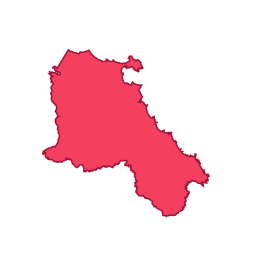 outline of Shoalhaven, New South Wales, Australia, rotated 292°
{"feature_id": "25037944B24149747688554", "entity_name": "Shoalhaven", "entity_type": "district", "adm_level": 2, "iso_a3": "AUS", "parent_name": "Australia", "parent_adm1": "New South Wales", "projection": "robinson", "projection_center": [150.375, -35.142], "detail": "fine", "context": "isolated", "style": "filled", "palette": "rose", "viewbox_px": 256, "rotation_deg": 292, "n_neighbors": 0, "source": "geoboundaries", "source_scale": "gbopen_adm2", "svg_char_len": 5824}
<svg xmlns="http://www.w3.org/2000/svg" viewBox="0 0 256 256"><g transform="rotate(292 128 128)"><path d="M110.6,220.9L113.0,220.2L113.7,221.2L114.3,220.7L114.9,219.2L114.6,218.6L113.8,218.6L114.2,217.1L113.8,216.2L115.0,215.2L115.6,215.8L115.9,215.4L115.6,214.4L117.4,214.5L116.5,213.2L117.5,212.5L117.5,211.4L118.4,211.1L120.3,208.2L122.2,208.4L122.6,207.8L122.0,206.9L123.8,206.7L123.9,206.1L123.0,205.5L123.5,203.6L124.0,203.0L124.6,203.3L124.3,202.5L125.2,201.2L126.2,201.0L126.3,201.5L126.8,201.4L127.0,200.5L125.6,198.0L126.1,197.6L125.5,196.7L126.1,196.2L124.6,195.9L124.4,194.3L125.1,193.7L124.4,193.5L124.2,192.9L125.1,191.3L124.4,190.1L124.9,188.1L125.8,186.9L126.4,187.2L125.9,186.2L126.8,184.9L128.3,184.8L127.4,184.0L127.8,182.6L131.3,178.5L132.8,178.4L132.9,177.7L133.4,177.6L133.1,176.7L133.7,176.4L133.2,175.4L136.1,172.0L137.0,171.8L138.1,170.3L140.2,170.1L139.9,169.2L138.2,168.9L138.1,168.1L137.5,168.2L138.0,167.6L139.1,167.6L139.0,167.1L137.6,166.4L138.0,165.4L137.4,165.0L137.6,163.3L138.4,162.3L139.4,162.4L139.1,161.7L137.0,160.8L138.0,156.1L142.5,151.8L143.4,152.1L144.2,150.3L145.6,150.2L145.6,149.4L146.2,148.8L148.4,148.1L147.9,147.7L147.9,147.0L146.5,147.2L146.1,145.6L146.9,143.4L147.7,142.7L147.7,141.9L152.7,137.7L155.0,136.8L156.0,137.5L156.6,137.2L156.0,136.8L155.8,134.4L157.3,133.5L158.0,130.6L157.5,130.0L156.4,130.0L156.0,128.5L156.9,129.0L158.3,128.5L159.1,129.2L159.3,128.7L159.3,129.4L162.3,129.5L165.0,126.3L165.9,125.8L166.6,123.7L172.9,124.6L171.8,122.4L171.3,117.2L172.3,115.0L169.0,114.6L168.7,113.8L169.4,110.9L168.9,110.6L169.1,109.6L168.1,108.6L169.0,106.7L172.5,103.6L174.0,103.1L175.3,103.0L174.8,103.3L175.3,103.6L177.0,103.1L176.5,101.5L177.1,100.8L180.6,100.0L182.0,100.2L184.2,102.0L183.8,102.6L184.8,102.1L184.5,103.8L183.1,104.5L184.4,106.7L185.6,107.1L186.2,108.4L185.0,111.7L184.4,111.8L184.1,116.5L184.6,116.4L184.5,117.2L185.3,116.1L185.3,115.3L186.1,115.2L186.4,116.1L187.2,116.0L187.0,116.4L187.5,116.9L188.0,116.7L188.1,118.6L189.2,119.3L192.2,115.8L193.4,115.6L194.5,113.1L194.9,111.1L193.9,110.9L193.1,109.4L193.7,109.1L193.7,107.7L194.4,106.1L196.0,104.1L194.9,102.5L194.6,102.9L192.8,102.2L192.5,103.6L190.9,104.4L187.7,102.0L185.5,98.3L184.9,95.9L185.3,95.0L184.6,94.0L184.7,90.5L185.3,89.1L186.0,88.6L184.3,88.9L183.4,87.9L182.9,85.4L183.9,82.8L183.7,82.2L182.0,83.0L180.4,80.2L180.4,74.5L181.2,70.5L182.5,67.2L185.4,62.7L181.1,57.7L180.6,55.2L178.0,54.7L178.4,52.6L177.5,48.9L177.9,48.0L177.7,45.4L178.1,43.4L157.0,40.0L157.5,39.7L157.7,36.5L155.6,35.6L155.6,37.7L154.4,38.3L154.4,39.3L153.4,39.8L153.9,41.6L153.9,44.3L152.0,44.9L151.4,43.0L152.2,42.1L150.7,42.3L151.2,42.1L151.8,40.3L151.4,36.6L150.4,35.0L150.8,34.5L150.8,34.0L150.7,34.0L149.5,35.3L149.8,36.3L149.0,36.2L148.7,35.0L147.5,38.9L146.3,37.4L145.6,37.4L144.4,38.1L144.2,38.9L141.8,39.4L141.7,40.0L142.3,40.4L141.6,40.8L141.7,41.6L141.2,42.1L136.6,41.4L133.9,43.9L130.9,43.5L129.3,45.3L126.0,46.1L124.1,47.9L124.6,48.9L123.1,49.9L122.7,51.6L122.2,51.9L122.3,52.5L121.4,53.7L119.2,54.6L116.2,54.5L114.7,56.9L112.3,58.6L112.5,59.4L111.1,58.1L108.7,57.5L106.5,58.4L105.0,59.7L103.3,62.6L100.4,63.0L99.9,64.3L97.4,65.1L96.1,66.9L94.3,67.7L91.1,67.6L88.8,68.5L83.3,67.5L82.9,65.7L81.5,64.1L80.4,63.9L79.8,62.1L76.1,59.3L75.2,59.2L74.8,58.1L72.1,58.7L72.0,59.3L73.8,60.1L73.7,61.2L71.6,61.4L69.7,63.3L70.7,65.0L70.1,65.4L69.4,65.1L69.0,65.8L70.2,69.4L69.2,72.4L70.0,73.8L69.7,75.5L70.6,76.0L70.7,77.0L71.4,77.4L71.6,79.6L72.5,79.6L75.2,82.5L77.0,81.8L77.1,82.2L76.0,83.3L76.1,83.9L77.7,85.1L76.8,85.6L77.2,87.6L74.0,89.8L74.0,91.4L72.9,92.5L72.1,95.2L72.6,96.0L75.7,97.2L76.8,99.6L73.9,102.5L71.2,103.2L71.3,104.0L71.9,104.4L71.6,105.1L73.5,105.8L73.0,108.5L73.9,108.3L73.8,109.2L75.3,109.6L74.6,111.0L77.1,112.7L76.8,113.5L77.3,114.3L78.5,114.2L79.4,115.2L80.3,115.1L80.2,116.1L79.6,116.4L80.0,117.7L80.4,117.4L81.2,118.2L82.0,118.2L83.6,119.8L83.3,121.0L84.0,120.9L84.3,121.5L83.6,122.9L85.2,123.6L85.7,126.0L85.6,128.7L87.1,128.4L88.4,129.9L89.9,129.4L90.3,130.9L90.8,131.2L90.4,131.6L90.9,132.6L95.3,133.5L95.3,134.8L96.9,138.0L97.1,139.2L97.0,139.8L95.2,139.5L94.4,138.8L92.5,139.0L92.8,139.7L92.4,140.5L93.2,141.8L92.7,142.8L93.9,142.6L94.3,144.5L93.3,145.4L92.7,144.6L91.9,145.8L89.8,146.3L89.6,147.2L90.3,148.1L88.6,149.6L89.5,151.4L89.1,152.0L87.2,151.5L85.0,152.7L84.3,153.8L82.5,154.7L82.4,156.0L81.7,156.5L79.9,154.8L78.8,156.4L76.9,156.0L76.3,156.5L77.1,157.8L76.8,158.7L76.0,158.5L74.1,159.4L73.2,158.9L71.5,159.4L71.5,160.6L70.5,161.0L69.4,163.6L70.0,166.0L70.8,166.5L70.5,168.6L69.3,170.3L70.1,173.2L69.5,177.4L68.6,178.2L66.8,178.7L66.3,180.0L64.7,181.8L65.7,183.5L64.4,184.7L64.0,190.0L63.3,191.1L60.0,193.2L60.7,196.0L60.5,196.8L61.1,196.9L61.7,198.2L62.7,199.0L63.2,200.7L63.8,201.2L63.9,202.8L65.2,204.7L67.3,205.2L67.7,206.4L69.3,206.5L71.6,208.2L71.5,208.8L72.2,209.3L74.1,208.9L74.0,209.6L74.3,209.8L75.5,208.8L75.7,209.7L78.2,210.1L78.3,209.1L79.0,209.3L80.4,208.7L80.5,208.2L81.2,208.2L82.1,209.2L83.9,207.9L84.3,206.7L84.9,207.1L84.7,207.8L85.5,207.9L85.7,208.6L87.1,208.7L88.0,208.0L88.7,209.0L89.5,208.2L90.5,209.1L91.9,208.2L91.9,206.1L93.3,205.0L93.4,204.3L94.0,205.1L94.5,205.0L94.3,204.5L95.3,203.7L95.2,203.1L96.6,204.3L96.8,203.3L98.0,204.5L98.4,203.5L100.1,205.2L100.5,204.2L101.1,205.9L102.0,206.1L101.9,206.7L103.5,207.7L103.4,209.2L104.1,210.6L103.1,213.0L103.7,216.0L102.4,219.6L103.9,218.8L104.0,217.9L105.0,217.6L104.5,217.1L105.6,216.9L105.4,218.2L106.0,218.3L106.3,219.7L106.0,219.9L106.2,220.6L106.9,220.7L106.8,221.3L108.5,219.8L109.8,220.2L108.0,220.5L109.3,222.0L110.6,220.9ZM127.8,201.1L129.1,200.9L129.0,199.9L127.6,200.7L127.8,201.1ZM143.6,152.2L144.0,152.8L144.1,152.6L143.6,152.2ZM115.7,219.9L115.2,219.3L115.7,219.9ZM124.0,205.0L124.3,205.3L124.6,205.2L124.4,204.9L124.0,205.0Z" fill="#f43f5e" stroke="#9f1239" stroke-width="1.5"/></g></svg>